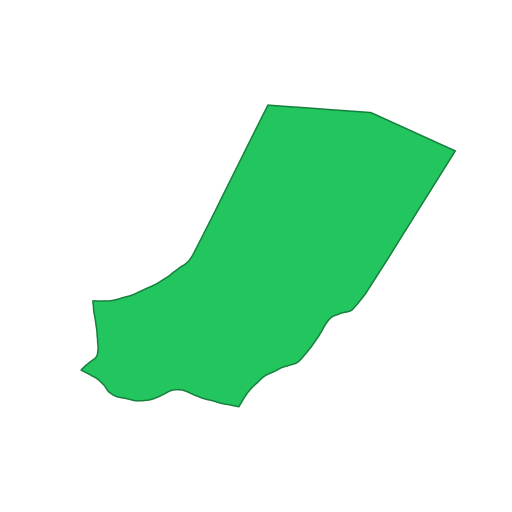 Al Qaff, Hadramawt, Yemen (Albers equal-area conic projection), rotated 31°
{"feature_id": "15242507B27832262197062", "entity_name": "Al Qaff", "entity_type": "district", "adm_level": 2, "iso_a3": "YEM", "parent_name": "Yemen", "parent_adm1": "Hadramawt", "projection": "albers", "projection_center": [48.909, 17.431], "detail": "fine", "context": "isolated", "style": "filled", "palette": "green", "viewbox_px": 512, "rotation_deg": 31, "n_neighbors": 0, "source": "geoboundaries", "source_scale": "gbopen_adm2", "svg_char_len": 6070}
<svg xmlns="http://www.w3.org/2000/svg" viewBox="0 0 512 512"><g transform="rotate(31 256 256)"><path d="M372.7,63.3L363.4,64.4L352.0,65.7L339.7,67.1L327.6,68.5L316.0,69.8L304.1,71.2L292.6,72.5L280.6,73.9L269.8,79.3L263.6,82.5L256.8,85.9L246.7,91.1L239.7,94.6L232.9,98.0L222.4,103.3L215.9,106.6L209.1,110.1L198.9,115.3L188.5,120.5L190.5,147.1L196.7,225.4L197.7,237.0L200.2,271.1L200.9,281.9L201.0,283.0L201.1,284.1L201.1,285.1L201.2,286.4L201.3,287.5L201.3,288.5L201.2,291.6L201.1,292.8L201.0,293.8L200.8,295.2L200.5,296.3L200.2,297.3L199.9,298.3L199.5,299.4L199.2,300.3L198.6,301.3L198.1,302.3L197.4,303.4L196.8,304.8L196.4,305.7L196.0,306.9L195.4,308.3L194.9,309.5L194.5,310.5L194.0,311.5L193.6,312.4L193.2,313.6L192.8,314.7L192.5,315.7L192.2,316.7L191.7,317.8L191.2,319.0L190.6,320.2L190.1,321.1L189.6,322.0L189.1,323.1L188.6,324.2L187.5,326.3L187.1,327.3L186.6,328.2L186.0,329.4L185.4,330.5L184.8,331.5L184.2,332.4L183.6,333.4L182.9,334.3L182.3,335.3L181.5,336.5L181.1,337.0L180.7,337.6L180.0,338.5L179.3,339.5L178.7,340.4L178.1,341.3L177.3,342.4L176.7,343.3L176.1,344.2L175.9,344.5L175.2,345.6L174.6,346.5L174.4,346.7L173.7,347.7L173.1,348.8L172.3,350.0L171.6,351.0L170.9,352.0L170.2,352.9L169.5,353.8L168.8,354.6L168.1,355.4L167.3,356.2L166.5,357.0L165.6,357.9L164.8,358.7L164.0,359.6L163.2,360.4L162.4,361.2L161.6,362.2L160.9,363.1L160.2,363.8L159.4,364.6L158.5,365.5L156.7,367.3L155.9,368.0L155.0,368.7L154.2,369.4L153.3,370.2L152.4,370.8L151.9,371.0L151.5,371.3L150.6,371.8L149.7,372.3L148.9,372.8L146.9,374.1L144.7,375.5L143.8,376.0L142.8,376.5L141.8,377.0L141.0,377.5L139.9,378.2L139.3,378.6L139.6,379.0L140.4,380.1L141.2,381.2L142.2,382.4L142.9,383.4L143.6,384.5L144.9,386.2L145.6,387.1L146.3,388.1L147.1,389.0L148.0,389.8L148.7,390.7L149.7,391.8L151.9,394.4L152.6,395.3L153.4,396.3L153.7,396.7L154.1,397.1L154.7,397.9L155.6,399.0L156.3,399.8L157.1,400.8L158.0,402.0L158.6,402.7L158.7,403.0L159.2,403.6L160.0,404.7L160.7,405.9L161.3,406.7L162.0,407.6L162.8,408.6L163.4,409.5L164.0,410.4L164.6,411.4L165.3,412.4L166.0,413.2L166.6,414.0L167.4,415.1L168.0,416.2L168.3,416.7L168.6,417.3L169.2,418.5L169.8,419.8L170.2,420.8L170.6,421.7L170.9,422.8L171.0,424.0L171.0,425.2L170.8,426.4L170.4,427.5L170.0,428.4L169.6,429.3L169.2,430.4L168.7,431.4L168.2,432.7L167.8,433.7L167.5,434.5L167.4,435.0L167.0,436.0L166.6,437.0L166.3,438.0L166.0,439.0L165.7,440.2L165.4,441.4L165.1,442.5L164.9,443.6L164.9,443.8L165.2,443.8L166.4,443.8L167.9,443.7L168.9,443.6L170.3,443.6L171.7,443.4L173.0,443.3L174.2,443.3L175.2,443.2L176.4,443.3L177.6,443.2L178.6,443.1L179.6,443.1L180.7,443.0L182.0,443.0L183.0,443.1L183.9,443.2L185.0,443.4L186.1,443.5L187.3,443.7L188.3,444.0L189.5,444.3L190.5,444.6L191.5,444.8L192.8,445.2L193.9,445.6L194.8,446.2L195.8,446.6L196.7,447.1L197.6,447.5L198.6,448.0L199.6,448.3L200.7,448.4L201.8,448.5L203.2,448.6L205.7,448.7L206.7,448.6L207.6,448.5L209.0,448.3L209.4,448.2L210.0,448.0L211.0,447.7L212.0,447.4L213.3,446.9L214.2,446.6L215.2,446.2L216.1,445.8L217.3,445.3L218.4,445.0L219.3,444.7L220.3,444.3L221.3,444.0L222.5,443.6L223.7,443.4L225.0,443.0L226.0,442.6L227.0,442.2L228.2,441.7L229.2,441.0L230.2,440.4L231.4,439.6L232.2,439.1L233.2,438.5L234.1,437.9L235.3,436.9L235.8,436.6L236.2,436.2L236.9,435.7L237.1,435.6L237.9,435.0L238.8,434.3L239.6,433.4L240.5,432.4L241.4,431.5L242.1,430.7L242.8,429.7L243.4,428.9L244.0,428.1L244.8,427.1L245.6,425.9L246.3,424.8L247.2,423.4L248.1,422.0L248.9,420.8L249.4,419.9L250.0,418.8L250.6,417.7L251.4,416.5L251.9,415.9L252.2,415.4L253.1,414.4L253.9,413.6L254.7,412.9L255.8,412.2L256.7,411.6L257.9,410.8L258.8,410.3L259.7,409.9L260.7,409.4L261.7,408.9L262.7,408.6L263.4,408.5L263.7,408.4L264.7,408.2L265.7,408.0L267.0,407.8L268.2,407.6L269.3,407.5L270.4,407.4L271.2,407.3L271.8,407.3L273.1,407.1L274.3,407.0L275.4,406.8L276.4,406.7L277.5,406.5L278.4,406.3L279.5,406.1L280.9,405.9L281.9,405.7L283.0,405.5L283.3,405.4L284.0,405.3L285.0,405.0L286.3,404.7L287.4,404.4L288.7,404.0L290.0,403.5L291.4,403.0L292.8,402.6L294.3,402.2L295.7,401.8L297.2,401.5L298.2,401.3L299.5,400.9L300.6,400.6L301.8,400.3L303.0,399.9L303.9,399.6L304.9,399.2L305.8,398.9L306.9,398.4L308.0,398.0L308.4,397.8L308.9,397.6L310.2,397.1L312.2,396.4L313.2,396.1L314.4,395.7L315.6,395.3L316.9,394.8L317.9,394.4L318.9,394.1L318.9,393.0L318.9,392.0L318.9,391.4L318.9,390.7L318.9,389.4L318.9,388.1L318.9,386.8L318.9,385.8L318.9,384.8L318.9,382.6L319.0,381.6L319.1,380.4L319.1,379.3L319.1,378.1L319.3,376.9L319.5,375.8L319.7,374.7L319.7,374.3L319.8,373.7L320.0,372.3L320.3,371.2L320.5,370.2L320.7,369.1L321.1,368.0L321.4,366.8L321.7,366.1L321.7,365.8L322.2,364.7L322.5,363.6L322.7,362.5L323.0,361.6L323.2,360.5L323.5,359.5L323.8,358.3L324.1,357.2L324.5,356.3L324.9,355.3L325.4,354.2L326.4,352.4L327.0,351.4L327.7,350.4L327.9,350.1L328.4,349.4L330.4,346.7L331.0,345.8L331.7,344.7L332.3,343.8L332.8,342.9L333.3,342.0L333.8,341.1L334.4,340.1L335.1,339.0L335.7,338.2L336.3,337.4L337.3,336.4L338.2,335.4L338.9,334.7L339.4,334.2L340.1,333.4L341.3,332.0L342.3,330.9L343.3,329.9L344.1,329.0L344.9,328.1L345.5,327.3L346.1,326.2L346.6,325.1L347.0,324.1L347.3,323.0L347.5,321.9L347.8,320.9L348.1,319.6L348.2,318.7L348.2,318.4L348.4,317.4L348.5,316.4L348.7,315.4L348.9,314.0L349.1,312.8L349.3,311.8L349.4,310.7L349.6,309.6L349.7,308.4L349.9,307.3L350.1,306.2L350.3,303.7L350.4,302.6L350.4,301.5L350.5,300.3L350.6,299.2L350.7,298.0L350.7,297.8L350.7,296.9L350.8,295.9L350.9,294.7L351.0,293.6L351.0,291.2L351.0,288.6L351.0,287.3L351.0,286.1L351.0,284.9L350.9,283.7L350.8,282.6L350.8,281.3L350.8,279.1L350.9,277.9L350.9,276.6L351.0,275.4L351.2,274.1L351.4,272.9L351.6,271.8L351.8,270.8L352.2,269.8L352.7,268.7L353.2,267.8L353.8,267.0L354.4,266.2L355.2,265.3L356.0,264.4L356.9,263.3L357.5,262.3L358.2,261.3L358.9,260.6L359.6,259.8L359.8,259.7L360.5,259.0L361.2,258.4L361.3,258.3L362.1,257.7L362.9,257.0L364.3,255.5L365.0,254.7L365.7,253.6L366.1,252.7L366.4,251.5L366.6,250.4L366.8,249.2L366.8,248.7L366.9,248.2L367.2,247.3L367.2,247.1L367.5,246.0L369.3,232.4L370.5,189.4L370.9,161.4L370.9,161.5L372.7,63.3Z" fill="#22c55e" stroke="#15803d" stroke-width="1.5"/></g></svg>